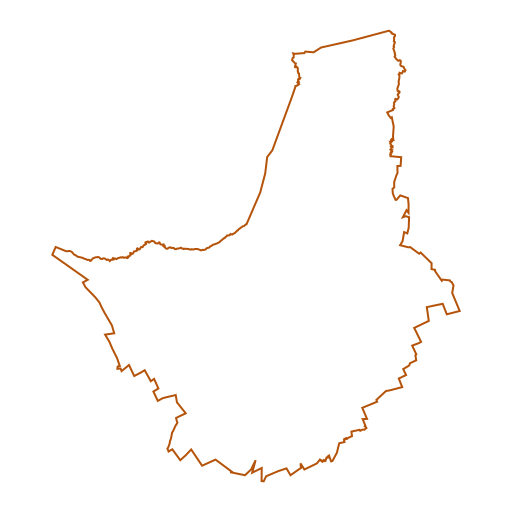 the district of Ngaka Modiri Molema, North West, South Africa
{"feature_id": "47623444B28912463422483", "entity_name": "Ngaka Modiri Molema", "entity_type": "district", "adm_level": 2, "iso_a3": "ZAF", "parent_name": "South Africa", "parent_adm1": "North West", "projection": "orthographic", "projection_center": [25.83, -25.802], "detail": "fine", "context": "isolated", "style": "outline", "palette": "amber", "viewbox_px": 512, "rotation_deg": 0, "n_neighbors": 0, "source": "geoboundaries", "source_scale": "gbopen_adm2", "svg_char_len": 5975}
<svg xmlns="http://www.w3.org/2000/svg" viewBox="0 0 512 512"><path d="M400.3,64.2L400.8,62.4L400.8,61.5L400.5,60.5L399.5,60.2L398.5,60.8L397.9,60.6L396.3,59.0L394.6,56.7L395.3,55.6L394.8,54.2L395.0,53.4L393.3,48.6L394.1,47.0L393.6,46.1L394.9,42.4L394.7,41.9L393.9,41.4L394.1,39.5L394.0,37.3L394.9,36.3L395.0,34.8L391.6,33.4L391.7,32.6L389.0,30.7L352.7,40.4L321.1,47.5L313.6,52.3L305.3,51.6L304.3,53.1L294.9,53.8L293.2,53.4L293.7,54.8L293.7,57.2L293.5,57.6L292.5,58.3L292.1,60.2L295.5,63.7L295.8,63.7L295.0,66.3L295.1,67.2L295.6,67.3L296.2,66.7L296.5,66.6L296.9,67.3L297.6,67.7L297.9,69.6L297.7,71.1L298.2,72.2L298.1,72.9L299.0,73.5L299.3,76.8L299.7,77.8L300.3,78.0L299.6,79.1L298.7,78.8L298.1,79.2L298.1,81.0L298.8,81.6L298.9,81.9L297.7,82.1L297.4,82.4L299.1,84.2L298.4,84.8L297.4,85.1L297.1,85.6L295.4,86.1L295.5,86.5L291.9,97.0L272.3,150.4L267.2,157.0L265.2,173.5L260.2,192.5L246.5,224.3L245.9,224.3L244.1,226.0L242.5,226.5L238.4,229.5L237.9,230.4L237.2,230.6L234.7,233.2L233.7,233.5L232.5,234.4L232.2,234.2L231.3,234.4L230.5,234.0L229.9,235.0L229.0,235.4L227.0,235.5L226.4,236.5L225.4,237.1L224.6,238.2L224.0,238.2L223.1,238.9L221.6,240.3L220.9,240.6L219.9,241.8L218.7,242.6L216.3,243.7L212.7,244.9L211.3,246.0L210.2,246.4L209.3,247.5L206.7,248.2L205.9,249.2L205.0,249.6L203.6,250.0L202.7,249.8L201.1,250.4L197.6,249.0L195.1,249.0L193.3,249.5L191.5,249.2L191.0,249.6L189.4,249.4L188.7,249.0L184.4,248.7L183.7,249.1L183.0,248.6L181.9,248.5L181.4,247.9L180.9,247.7L178.9,248.5L177.4,248.5L176.0,249.2L174.8,249.1L174.3,248.4L173.5,247.9L171.3,248.0L170.4,247.3L168.9,247.6L167.6,248.6L166.6,248.8L165.6,248.2L165.1,247.3L164.4,247.0L164.6,245.9L163.2,245.8L163.2,245.4L163.7,244.7L163.6,244.4L162.7,244.7L160.6,244.4L160.1,243.9L159.5,242.4L158.8,242.5L157.8,243.5L156.0,243.3L154.8,242.6L154.4,241.6L151.9,240.8L149.1,242.6L148.5,242.4L148.2,241.6L147.7,241.5L145.4,242.4L145.4,242.8L146.1,243.5L146.0,244.1L143.6,245.4L142.6,247.1L141.1,247.0L139.6,249.4L138.7,249.4L137.5,248.3L137.0,248.7L137.4,249.8L136.9,250.0L137.0,250.5L136.0,251.1L133.9,251.5L132.9,253.6L131.6,254.1L130.8,253.0L130.3,253.0L130.3,255.5L129.4,255.7L128.9,256.5L127.7,256.5L127.4,257.1L127.9,257.7L127.7,258.0L127.2,258.1L125.6,257.4L123.8,257.8L122.8,257.1L121.4,257.6L120.6,257.3L119.5,257.8L118.4,257.9L116.6,259.1L115.0,258.4L113.9,259.4L113.5,259.3L113.4,258.4L113.0,258.1L112.6,258.6L112.5,259.7L111.1,259.8L109.8,261.1L108.5,259.6L107.8,259.5L106.9,260.0L105.0,258.7L104.0,258.3L103.0,258.4L102.3,259.0L101.6,259.0L100.5,258.7L99.6,257.7L98.3,257.0L95.3,257.4L92.7,258.5L90.8,260.8L90.1,260.9L89.6,260.1L89.1,259.8L87.1,259.9L86.3,259.3L83.7,258.5L82.9,257.9L77.4,256.6L75.6,255.2L74.0,254.5L72.0,252.1L70.5,251.2L69.1,250.9L67.2,251.3L66.1,251.2L55.7,247.0L52.3,254.8L87.7,279.8L82.9,282.4L85.5,287.2L95.3,297.3L99.5,302.6L101.5,307.1L104.6,312.9L111.9,325.4L114.2,333.3L105.1,334.6L109.5,342.0L112.2,348.4L117.0,358.0L119.8,366.0L117.7,366.5L117.4,368.8L120.6,368.5L121.6,371.1L129.0,365.0L134.2,376.0L140.4,372.8L144.7,370.2L150.8,381.2L154.1,378.9L158.4,388.5L153.4,391.5L157.8,400.9L162.9,398.1L175.7,395.0L177.0,402.4L185.7,413.3L176.1,417.9L176.7,420.7L177.4,422.5L176.6,424.2L175.7,425.3L173.0,431.3L172.1,432.5L171.1,438.1L169.9,441.5L169.6,443.7L168.1,447.7L167.4,448.6L168.6,451.5L172.3,449.3L180.3,460.2L185.7,455.3L191.2,449.5L202.1,465.7L215.5,459.6L231.8,471.7L230.2,472.2L245.0,475.2L251.1,469.5L255.6,460.2L252.2,472.7L261.7,468.0L261.6,481.1L263.7,481.3L266.2,476.2L278.3,471.1L286.5,468.4L290.5,475.2L301.0,467.9L300.5,463.4L304.4,469.5L316.9,463.4L320.0,459.5L321.5,460.5L321.2,460.9L322.6,461.8L323.4,460.4L324.2,460.8L324.3,460.2L325.5,460.8L326.5,457.6L327.6,457.7L327.7,456.5L329.0,455.5L331.1,461.4L332.5,460.9L336.9,452.7L339.2,443.3L344.5,442.0L344.0,439.9L344.8,439.5L344.5,438.9L346.3,438.1L347.3,439.7L346.9,438.5L352.0,436.1L351.4,431.6L359.6,429.8L360.2,430.8L362.5,429.6L364.4,429.7L366.4,428.0L364.9,426.4L365.5,426.0L362.7,419.1L367.0,418.9L362.3,407.8L377.1,401.7L376.4,399.9L386.0,391.0L389.6,390.4L402.2,387.1L398.8,378.5L406.1,375.0L403.2,369.1L409.2,365.5L410.0,363.2L416.2,360.3L415.4,355.2L416.3,354.4L412.2,345.6L418.6,343.2L421.1,341.9L414.2,327.9L428.8,320.9L426.8,307.1L442.7,303.8L446.8,314.3L459.7,311.0L452.2,293.0L453.5,285.5L451.8,282.2L450.2,281.3L449.9,280.4L442.6,279.6L441.8,280.8L435.1,271.2L435.0,269.8L431.5,269.1L431.6,263.2L420.6,252.5L419.1,253.7L410.2,247.1L408.3,247.3L400.1,245.2L402.6,241.1L404.1,232.1L407.3,233.4L408.7,227.8L409.1,217.2L405.7,216.2L402.9,217.2L406.5,210.2L408.5,212.8L408.6,204.6L408.0,198.1L400.3,195.4L396.5,199.8L395.6,199.9L393.8,196.1L392.8,193.4L392.5,188.9L394.2,187.5L394.2,182.0L396.4,175.3L397.5,173.0L397.4,166.0L400.6,165.9L401.2,157.2L390.5,156.2L390.4,155.5L390.8,155.5L390.5,154.8L390.9,154.2L390.7,153.7L390.9,153.4L390.6,153.5L390.9,152.7L390.7,152.4L390.9,152.2L391.2,152.6L391.6,152.6L391.7,151.7L392.2,151.3L392.0,151.0L391.7,151.2L391.8,150.6L391.2,150.2L391.7,149.9L390.6,149.4L391.4,148.5L391.3,147.6L391.7,147.5L391.4,147.1L392.1,147.2L392.1,146.8L392.5,147.0L392.5,146.5L392.6,146.1L391.4,145.5L390.1,143.2L390.5,142.2L390.7,142.6L390.9,142.4L390.9,142.1L390.6,141.8L390.8,141.8L390.9,141.2L391.2,141.5L391.6,141.1L391.6,141.8L392.0,141.4L391.8,141.0L392.5,140.6L391.6,140.2L391.5,139.6L392.1,139.4L392.0,139.1L392.3,138.9L392.9,139.1L392.6,138.6L393.2,138.4L393.0,136.6L393.7,126.6L391.8,117.3L390.8,118.0L388.5,115.0L387.2,112.4L393.0,110.0L392.9,109.1L393.4,109.1L393.5,108.6L394.4,108.0L393.7,106.6L393.8,105.4L394.2,104.8L394.0,102.5L395.4,101.3L395.5,100.6L395.1,100.0L395.2,99.3L395.4,98.9L396.0,98.9L397.0,99.5L398.0,98.7L398.8,97.0L397.7,94.8L398.2,93.8L399.4,92.7L399.6,91.9L399.0,91.2L398.1,91.3L397.6,90.9L397.3,88.5L398.9,84.2L398.6,81.4L399.4,77.8L399.4,75.3L398.7,74.4L399.5,73.7L399.6,72.8L401.2,73.4L401.9,73.4L402.7,72.0L402.9,71.1L404.7,71.6L405.5,70.2L404.1,68.3L403.6,66.9L401.0,65.9L400.4,65.2L400.3,64.2Z" fill="none" stroke="#b45309" stroke-width="2"/></svg>